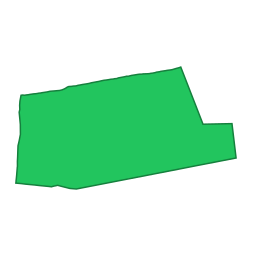 Dumyat Al-Gadida, Dumyat, Egypt (Mercator projection), rotated 3°
{"feature_id": "37247803B6997097478011", "entity_name": "Dumyat Al-Gadida", "entity_type": "district", "adm_level": 2, "iso_a3": "EGY", "parent_name": "Egypt", "parent_adm1": "Dumyat", "projection": "mercator", "projection_center": [31.676, 31.437], "detail": "fine", "context": "isolated", "style": "filled", "palette": "green", "viewbox_px": 256, "rotation_deg": 3, "n_neighbors": 0, "source": "geoboundaries", "source_scale": "gbopen_adm2", "svg_char_len": 1386}
<svg xmlns="http://www.w3.org/2000/svg" viewBox="0 0 256 256"><g transform="rotate(3 128 128)"><path d="M231.6,118.2L202.7,120.3L177.5,64.4L175.6,65.2L173.3,65.9L169.4,67.3L167.9,67.7L166.3,68.0L164.0,68.4L162.9,68.7L159.4,69.4L157.5,69.8L156.8,70.1L153.3,70.8L152.5,71.2L149.8,71.9L147.9,72.2L146.4,72.6L143.7,72.9L140.3,73.2L138.3,73.6L137.2,73.6L135.3,73.9L132.2,74.6L128.8,75.3L125.3,76.4L124.2,76.3L121.5,77.1L117.3,78.1L115.7,78.5L114.2,79.2L111.9,79.5L110.7,79.9L108.4,80.2L105.4,80.9L103.4,81.3L101.5,81.6L98.8,82.3L96.5,83.0L93.5,83.7L88.9,84.8L86.9,85.5L83.9,86.2L80.4,86.9L77.7,87.6L75.8,88.0L73.9,88.7L71.2,89.0L69.3,89.4L66.6,89.7L65.1,90.4L64.7,90.8L62.4,92.3L60.1,93.4L57.8,94.1L55.5,94.4L52.8,94.8L50.5,95.1L48.2,95.4L45.5,96.2L42.0,96.9L40.5,97.2L39.0,97.6L37.1,97.9L35.5,98.3L34.0,98.6L31.7,98.9L29.8,99.3L28.2,99.6L26.7,100.0L24.8,100.3L22.9,100.7L21.0,100.6L19.5,100.9L18.7,106.8L18.6,111.0L19.0,115.2L18.5,117.9L20.3,130.1L20.6,135.1L20.9,140.0L20.0,146.5L19.1,151.5L19.3,162.9L19.3,167.1L19.6,172.1L19.5,173.0L19.3,180.5L19.1,185.1L19.0,186.2L19.0,187.3L18.9,188.9L24.3,189.1L28.5,189.4L33.0,189.6L38.0,189.8L42.6,190.1L51.8,190.5L54.7,190.7L55.8,190.3L57.4,189.8L58.3,189.6L59.1,189.4L60.6,188.9L62.1,189.2L64.4,189.7L73.1,191.4L76.2,191.5L79.6,191.6L181.7,166.2L199.6,161.7L237.5,152.3L231.6,118.2Z" fill="#22c55e" stroke="#15803d" stroke-width="1.5"/></g></svg>